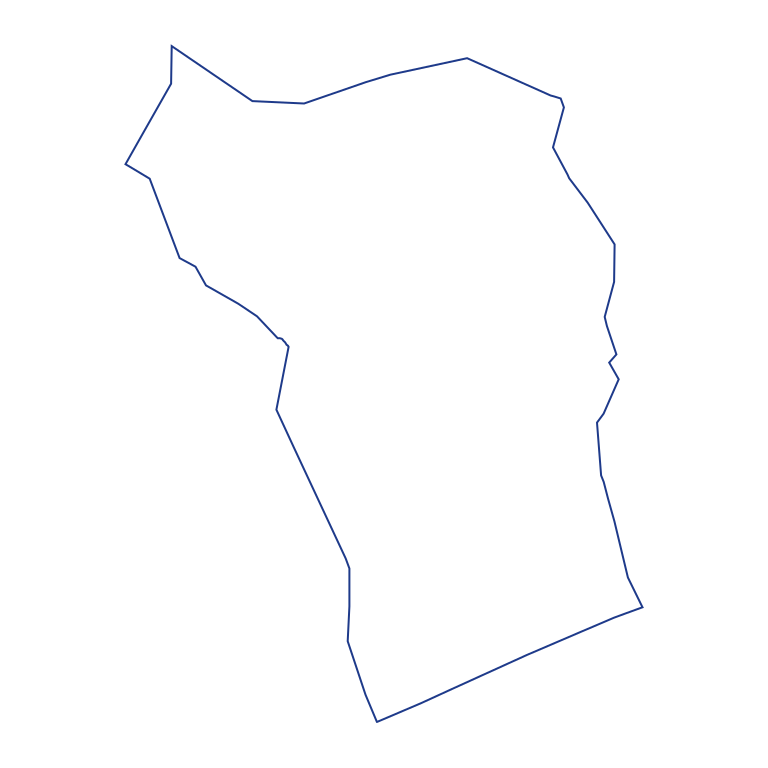 Bayan-Ovoo, Ömnögovi, Mongolia
{"feature_id": "93677404B57634544565509", "entity_name": "Bayan-Ovoo", "entity_type": "district", "adm_level": 2, "iso_a3": "MNG", "parent_name": "Mongolia", "parent_adm1": "Ömnögovi", "projection": "natural_earth1", "projection_center": [106.036, 42.75], "detail": "fine", "context": "isolated", "style": "outline", "palette": "blue", "viewbox_px": 768, "rotation_deg": 0, "n_neighbors": 0, "source": "geoboundaries", "source_scale": "gbopen_adm2", "svg_char_len": 1316}
<svg xmlns="http://www.w3.org/2000/svg" viewBox="0 0 768 768"><path d="M550.6,95.5L467.1,58.2L390.3,74.7L366.0,82.1L304.1,103.5L252.4,101.1L171.7,46.1L171.1,83.7L143.3,132.7L125.5,164.2L149.7,178.7L179.6,258.1L195.5,266.7L206.0,285.4L238.2,303.7L257.0,316.3L277.2,337.7L278.0,338.3L278.7,338.2L279.2,338.2L279.7,338.2L280.2,338.3L280.4,338.4L281.2,338.6L281.8,338.8L282.3,339.2L282.7,339.6L282.8,340.0L283.1,340.3L283.3,340.5L283.7,341.0L284.2,341.5L284.7,341.9L285.2,342.5L285.5,343.0L285.8,343.4L286.0,343.8L286.1,344.0L286.4,344.4L286.5,344.6L286.6,344.8L286.9,344.9L287.1,345.1L287.3,345.3L287.7,345.5L288.0,345.8L288.2,346.1L288.3,346.6L288.6,346.9L276.4,409.7L293.5,446.7L345.7,558.5L349.4,568.5L349.4,606.4L347.7,641.2L365.5,694.7L376.9,721.9L377.1,721.9L403.4,710.7L421.2,703.1L452.2,688.9L481.9,675.4L508.1,663.5L526.8,655.0L556.0,642.5L581.4,631.6L597.4,624.8L604.9,621.6L609.8,619.5L614.0,617.7L625.4,613.5L627.3,612.8L628.0,612.6L630.9,611.5L641.9,607.5L642.5,607.3L627.9,577.5L614.4,521.3L608.0,498.5L603.7,481.9L601.1,475.4L597.0,422.6L603.6,413.7L618.7,379.3L609.2,362.6L616.4,354.4L606.9,326.0L604.7,316.9L614.1,281.9L614.6,244.4L587.7,202.7L569.2,178.3L567.5,174.5L553.0,147.4L563.9,107.4L560.7,98.5L558.8,97.9L554.3,96.5L553.6,96.3L550.6,95.5Z" fill="none" stroke="#1e3a8a" stroke-width="2"/></svg>